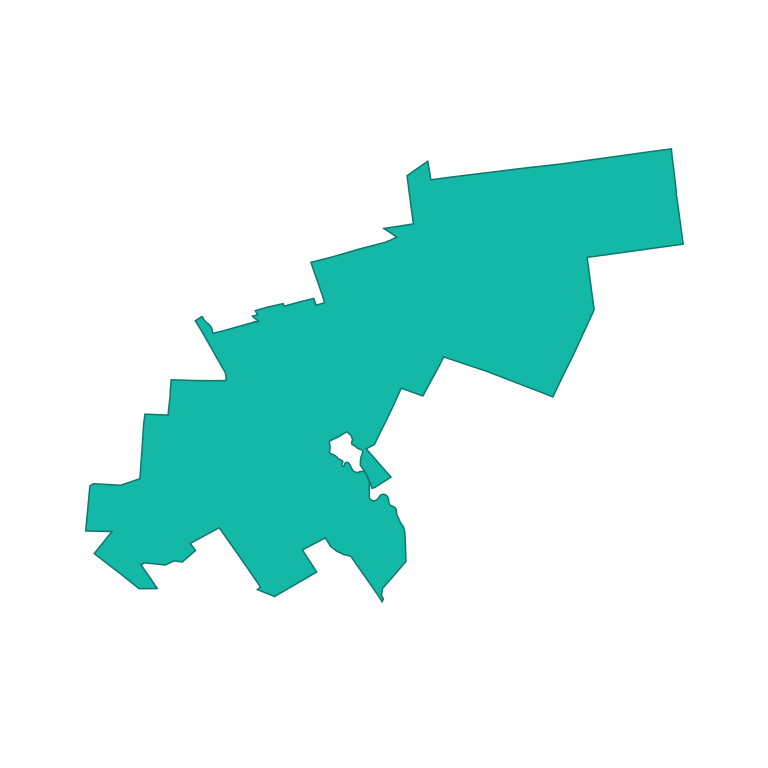 Bragadiru, Teleorman, Romania (Robinson projection), rotated 353°
{"feature_id": "2599482B28400494535503", "entity_name": "Bragadiru", "entity_type": "district", "adm_level": 2, "iso_a3": "ROU", "parent_name": "Romania", "parent_adm1": "Teleorman", "projection": "robinson", "projection_center": [25.524, 43.753], "detail": "fine", "context": "isolated", "style": "filled", "palette": "teal", "viewbox_px": 768, "rotation_deg": 353, "n_neighbors": 0, "source": "geoboundaries", "source_scale": "gbopen_adm2", "svg_char_len": 4112}
<svg xmlns="http://www.w3.org/2000/svg" viewBox="0 0 768 768"><g transform="rotate(353 384 384)"><path d="M240.1,576.4L247.8,580.6L249.3,581.7L275.4,570.5L294.2,562.5L293.4,560.5L291.8,557.2L284.7,542.8L282.8,538.7L294.3,534.4L305.7,530.1L307.1,529.6L311.0,538.4L316.6,544.1L323.3,548.4L330.0,550.9L340.9,571.4L347.4,583.7L352.9,594.2L355.5,599.8L357.2,597.3L355.7,593.4L357.7,586.7L360.2,584.4L364.7,580.5L384.2,562.8L385.6,547.3L386.6,534.0L385.9,528.1L383.6,524.0L380.8,515.3L380.8,513.7L380.9,510.9L380.7,509.6L380.3,508.8L379.9,508.1L378.7,507.1L376.9,505.9L375.7,505.3L375.2,504.7L374.7,504.0L374.5,503.2L374.4,501.8L374.4,499.2L374.3,497.9L373.9,496.8L373.2,495.3L372.3,494.5L371.5,494.0L370.7,493.6L369.7,493.4L368.6,493.4L367.5,493.7L366.7,494.2L365.9,494.9L364.2,496.9L362.7,498.0L361.5,498.5L360.5,498.7L359.8,498.8L359.1,498.7L358.2,498.2L357.3,497.7L356.3,496.6L355.8,495.8L355.7,495.2L355.7,494.7L355.7,494.1L356.1,491.4L356.5,487.7L356.9,484.2L357.3,481.6L357.4,480.4L357.4,479.0L357.1,477.8L355.9,473.5L355.3,471.5L354.7,470.0L354.2,469.2L353.7,468.7L352.8,468.3L351.9,468.1L350.7,467.9L349.4,468.1L347.4,468.5L346.5,468.5L345.6,468.3L344.5,467.7L343.6,467.1L342.6,466.2L342.1,465.2L341.6,463.7L340.6,460.7L339.4,458.3L339.1,457.8L338.8,457.5L338.3,457.3L338.0,457.2L337.5,457.2L336.9,457.2L336.5,457.3L336.0,457.7L335.4,458.2L335.1,458.8L334.8,459.5L334.6,460.0L334.4,460.4L334.0,460.6L333.7,460.7L333.3,460.7L332.8,460.6L332.5,460.2L332.4,459.9L332.4,459.3L332.5,458.7L332.8,457.9L333.4,457.1L333.7,456.3L333.6,455.7L333.3,455.2L332.6,454.6L330.7,453.5L329.5,452.4L328.6,451.1L327.1,449.5L324.9,447.8L324.0,447.3L323.1,446.9L322.4,446.6L322.0,446.1L321.7,445.6L321.5,445.2L321.6,444.8L322.0,443.5L322.4,442.1L322.7,440.5L322.8,438.9L322.7,434.1L332.4,430.9L340.0,427.4L341.3,426.9L342.0,427.6L342.9,428.7L345.0,431.0L346.0,435.2L344.7,438.2L344.9,440.1L345.4,440.5L348.0,442.3L350.0,444.8L354.2,446.8L354.7,449.0L352.5,453.2L351.2,457.5L350.6,461.7L355.0,470.1L358.4,480.7L359.3,486.1L362.3,485.6L368.2,482.7L379.6,477.3L358.5,446.2L367.2,442.8L371.2,436.5L376.3,428.7L382.5,419.4L390.8,406.4L393.6,401.7L400.6,390.3L421.1,400.6L441.5,372.0L446.5,364.4L488.0,384.2L544.0,414.1L548.7,416.7L550.0,417.4L563.1,397.0L575.7,377.9L601.6,336.0L601.1,283.1L698.0,281.6L697.6,248.1L697.4,233.7L697.0,233.2L696.8,232.8L696.8,232.6L696.8,232.2L696.9,231.9L697.2,231.5L697.4,231.2L697.5,230.9L697.5,230.1L697.6,228.7L697.6,221.8L697.7,217.3L697.7,211.4L697.8,206.1L697.7,201.1L697.7,194.8L697.8,189.8L697.9,186.8L697.9,186.1L697.9,185.6L673.0,185.9L665.6,186.0L587.8,187.2L553.7,186.8L504.8,186.8L481.6,186.8L478.8,186.8L455.4,187.0L454.6,168.2L432.3,180.0L432.3,191.1L432.5,216.1L432.7,228.7L402.8,229.6L414.6,239.7L408.3,241.9L401.8,243.6L376.7,246.9L345.9,251.9L326.3,254.3L327.2,258.7L328.8,266.3L331.9,280.4L333.8,289.4L334.9,296.2L330.7,296.8L326.2,297.5L324.7,290.5L312.6,292.0L306.8,292.7L294.4,294.6L293.7,291.9L287.8,292.5L282.0,293.1L277.9,293.5L276.1,293.8L265.2,295.5L266.9,299.9L261.7,300.6L262.8,302.2L265.6,304.8L267.0,306.4L265.2,306.6L264.9,306.7L264.5,306.8L264.4,307.0L263.6,306.2L261.5,306.9L260.1,307.2L258.4,307.4L235.5,310.9L231.5,311.5L220.1,312.9L220.1,311.6L220.0,309.1L219.8,307.9L219.6,307.2L219.2,306.4L219.1,306.0L219.0,305.6L218.7,305.1L218.1,304.5L217.5,303.7L216.8,302.8L215.1,301.0L213.5,298.9L212.8,297.7L212.4,296.4L212.3,295.9L212.3,295.6L211.3,294.9L204.6,298.2L204.4,298.3L205.3,300.3L206.4,302.6L207.4,304.7L210.8,312.5L215.2,323.1L221.9,339.3L227.9,353.5L228.0,360.1L227.1,361.2L219.5,360.4L215.1,359.9L203.3,358.4L196.8,357.5L173.3,353.9L170.8,366.0L170.3,369.7L169.7,372.3L169.2,374.1L167.0,383.7L165.9,388.5L143.1,384.8L140.8,393.4L139.5,400.2L137.5,410.7L135.2,422.5L130.2,448.2L125.7,449.2L110.3,452.4L83.3,447.5L79.7,449.4L79.3,451.0L70.0,493.5L96.0,497.3L75.7,517.0L99.3,540.3L115.9,557.3L125.0,558.4L134.1,559.4L127.4,546.4L120.6,533.4L123.4,532.9L123.6,532.1L144.8,537.0L154.2,534.0L162.0,536.1L176.6,526.3L172.3,518.6L202.9,506.6L217.1,533.2L226.4,550.7L236.7,570.6L233.3,572.6L240.1,576.4Z" fill="#14b8a6" stroke="#0f766e" stroke-width="1.5"/></g></svg>